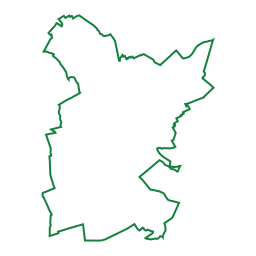 the district of Bradu, Arges, Romania
{"feature_id": "2599482B70159888613822", "entity_name": "Bradu", "entity_type": "district", "adm_level": 2, "iso_a3": "ROU", "parent_name": "Romania", "parent_adm1": "Arges", "projection": "natural_earth1", "projection_center": [24.915, 44.792], "detail": "fine", "context": "isolated", "style": "outline", "palette": "green", "viewbox_px": 256, "rotation_deg": 0, "n_neighbors": 0, "source": "geoboundaries", "source_scale": "gbopen_adm2", "svg_char_len": 5568}
<svg xmlns="http://www.w3.org/2000/svg" viewBox="0 0 256 256"><path d="M162.7,237.0L162.7,235.9L165.5,230.4L165.4,227.3L165.2,226.1L164.8,224.8L164.4,223.4L164.4,223.2L167.5,221.1L169.6,219.6L171.3,218.5L172.3,217.6L172.6,217.1L172.8,216.7L177.0,207.5L179.0,202.9L177.2,202.4L176.4,202.1L176.1,202.0L175.7,201.9L174.8,201.7L174.5,201.5L172.3,201.1L169.7,200.5L168.3,200.0L167.5,199.3L166.9,198.2L165.8,196.7L165.0,195.6L164.8,195.2L164.6,194.5L163.7,193.5L163.2,193.1L162.5,192.7L159.1,191.3L150.1,189.4L148.9,187.9L147.8,186.4L142.7,180.2L141.4,178.8L141.2,178.7L140.5,178.1L139.6,177.0L139.5,176.9L146.7,171.0L153.8,165.0L155.8,163.3L158.1,161.4L159.4,160.2L161.3,161.2L162.4,162.0L162.9,162.2L163.4,162.7L164.2,163.7L164.6,164.4L165.3,165.1L166.7,165.5L167.7,165.9L168.5,166.3L169.4,167.2L169.8,167.5L170.1,167.7L170.4,168.0L170.6,168.4L170.9,168.7L171.4,168.9L173.8,169.4L174.3,169.6L174.9,169.9L175.4,170.4L176.4,170.9L177.2,171.5L177.6,171.6L177.9,171.0L178.5,169.7L179.1,168.3L179.6,167.2L180.2,166.0L178.0,166.4L177.3,166.7L175.7,166.9L173.0,167.0L171.9,166.8L169.8,165.6L170.0,163.4L170.2,162.5L170.4,162.0L170.3,161.4L170.0,161.2L167.9,159.8L167.0,159.3L165.1,158.0L164.3,157.5L163.5,157.0L163.1,156.7L160.8,154.8L160.2,154.1L159.3,153.1L158.6,152.1L157.3,149.7L157.2,149.2L157.3,148.6L157.8,148.1L158.2,147.9L159.0,147.9L160.2,147.9L160.7,148.1L161.4,148.6L161.8,148.7L162.2,148.7L163.1,148.2L163.5,148.1L163.8,148.1L166.0,148.2L166.6,148.2L169.1,148.4L170.7,148.3L172.0,148.1L173.5,147.6L174.8,147.1L175.3,146.8L173.6,143.9L171.8,140.6L173.5,139.8L175.7,133.0L172.7,127.5L174.6,126.5L173.9,125.1L175.0,125.0L174.8,124.1L174.2,123.3L177.8,121.1L177.1,119.7L176.4,118.4L176.8,118.2L180.3,116.5L180.2,116.2L181.5,115.6L181.2,114.9L183.3,113.9L182.9,113.1L183.1,113.0L183.6,112.8L183.2,112.1L187.9,110.0L188.4,109.8L189.7,109.1L188.8,107.4L188.3,106.5L187.8,105.7L186.5,106.4L185.8,105.1L185.3,104.0L186.5,103.9L187.2,103.7L188.3,103.4L192.2,101.9L192.6,101.7L195.3,100.6L202.9,97.7L203.5,97.5L203.8,97.2L203.7,97.1L213.2,88.0L213.5,87.7L209.5,84.0L201.8,77.7L202.6,78.0L203.2,77.3L203.0,77.1L203.2,76.9L204.3,75.9L204.7,75.4L204.9,74.7L205.0,73.8L204.9,73.2L204.7,72.9L204.6,72.2L204.2,72.0L204.0,71.9L203.7,71.6L206.8,61.5L213.0,39.8L212.0,40.5L209.0,40.9L207.3,41.6L204.6,41.9L202.1,43.0L199.3,44.6L196.8,46.4L192.0,54.0L189.5,56.5L187.9,57.3L183.5,58.5L182.8,58.4L176.4,50.6L176.2,50.4L174.9,51.6L160.2,65.1L154.7,62.3L153.1,59.5L143.7,54.1L141.2,55.3L141.0,54.9L133.6,58.3L132.6,56.6L130.3,57.6L129.9,56.8L127.4,58.0L127.8,58.6L126.5,59.2L125.1,56.7L124.8,56.0L124.4,56.2L123.9,56.1L123.3,56.5L122.5,54.9L121.0,57.1L119.9,58.5L119.8,59.0L119.9,60.7L119.1,60.8L117.9,54.9L116.8,49.4L115.9,45.2L115.4,42.9L115.0,40.8L113.3,38.1L112.2,36.8L110.5,34.5L110.4,34.3L109.1,35.0L106.5,35.7L105.8,35.9L103.8,36.0L103.4,35.9L102.8,35.4L102.1,34.7L101.6,34.2L101.1,34.0L100.2,33.9L100.0,33.7L99.8,33.4L99.6,32.6L99.4,32.0L99.1,31.3L97.4,29.8L97.3,29.5L96.9,28.4L95.9,27.7L94.0,25.8L92.1,24.3L90.6,23.4L88.9,22.2L86.7,20.7L79.2,15.4L76.9,16.1L76.3,16.4L73.0,18.5L71.8,15.9L70.0,16.8L69.3,15.6L65.4,17.9L63.9,15.9L62.4,16.8L62.1,16.9L60.7,17.8L58.6,19.1L59.7,20.4L60.8,21.7L61.4,22.6L61.9,23.5L62.3,24.6L61.6,26.3L60.3,25.4L59.6,25.0L56.9,23.1L56.5,23.1L55.4,25.1L54.5,26.3L54.0,26.9L53.5,27.4L51.6,29.5L48.5,33.0L49.1,33.8L49.9,34.6L50.3,34.6L50.9,34.4L51.2,34.4L51.4,34.5L51.6,34.7L51.6,35.2L51.4,35.6L51.9,36.3L51.9,36.5L51.7,37.0L52.1,37.8L51.4,38.3L50.4,39.2L50.2,39.6L43.7,51.7L43.8,51.7L44.2,51.7L44.4,51.6L44.6,51.6L45.0,51.6L45.4,51.5L45.7,51.5L46.1,51.5L46.3,51.5L46.6,51.6L47.3,51.9L48.5,52.3L49.0,52.6L50.0,52.9L50.9,53.1L51.8,53.4L52.6,53.8L53.0,53.9L53.8,54.2L53.3,55.3L53.0,55.8L53.0,56.0L56.0,58.3L57.8,60.0L59.5,62.0L60.0,62.9L60.3,63.5L60.3,63.8L63.3,67.6L65.0,70.4L66.0,71.9L66.4,72.9L66.5,74.1L66.6,75.0L67.8,78.7L68.1,79.2L68.4,79.4L68.2,78.8L70.4,77.2L70.8,77.1L71.4,77.0L72.7,77.2L74.1,77.4L74.7,78.4L76.8,82.7L77.5,83.3L78.1,83.5L78.4,85.6L78.6,86.8L78.8,88.2L79.3,91.4L80.1,92.8L75.7,95.4L73.5,96.5L71.2,98.0L70.7,98.2L69.7,98.6L69.0,98.8L68.0,99.4L66.5,100.2L64.2,101.5L62.9,102.4L61.6,103.2L60.3,103.9L58.8,104.8L59.3,105.4L59.6,105.9L59.7,106.3L59.8,107.5L59.7,108.3L58.8,112.3L58.8,112.9L58.9,113.3L59.6,114.7L60.2,115.7L60.3,116.3L60.1,119.1L60.4,120.1L61.0,121.2L61.3,122.2L61.1,123.0L60.5,125.2L60.6,125.8L61.1,126.9L51.2,129.4L53.3,130.8L53.2,130.8L54.4,131.5L54.9,132.0L55.4,132.8L50.6,133.7L46.0,134.7L47.0,137.5L49.5,144.7L50.7,148.4L50.7,149.1L50.5,152.5L50.8,154.5L51.2,154.9L51.2,155.7L49.4,156.3L49.9,162.2L50.0,167.9L50.2,170.4L50.2,172.8L50.3,173.7L50.6,175.5L51.0,177.5L52.8,182.9L53.1,184.1L53.1,184.3L53.3,184.9L54.6,188.1L54.0,188.4L49.3,190.3L48.9,190.5L47.6,191.1L45.2,192.0L42.8,192.8L42.8,193.2L42.8,193.6L42.5,194.3L42.6,194.8L42.7,195.8L42.9,196.6L43.5,197.1L43.8,197.5L44.0,198.3L48.3,207.4L48.6,208.8L51.8,214.7L50.7,215.7L50.2,223.1L50.7,225.3L49.8,227.6L49.7,236.0L58.5,233.2L58.1,231.7L69.1,228.3L83.0,224.3L85.0,240.5L98.5,240.6L99.7,240.5L102.4,240.3L105.7,239.2L127.7,228.4L128.0,228.2L134.4,224.1L134.6,224.4L135.7,226.2L136.7,227.7L137.6,228.9L138.7,230.0L139.5,230.5L140.4,229.8L141.1,229.1L142.7,227.7L143.8,228.5L144.2,229.6L145.0,230.1L145.3,230.3L146.2,230.5L147.8,229.6L150.1,230.7L150.6,230.9L150.6,231.1L152.1,231.4L153.0,231.5L152.8,233.1L145.4,238.1L145.5,238.2L146.7,238.7L150.6,239.4L152.1,239.2L154.2,238.8L154.7,238.6L156.0,238.7L157.3,238.9L159.0,237.6L159.5,237.2L160.2,236.2L160.6,236.4L161.6,236.5L162.2,236.7L162.5,236.7L162.7,237.0Z" fill="none" stroke="#15803d" stroke-width="2"/></svg>